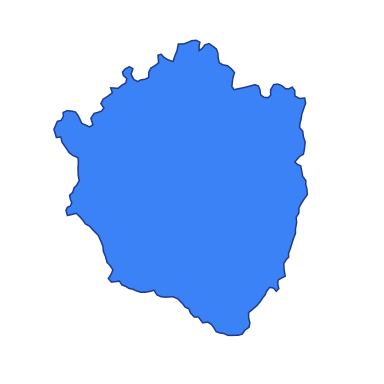 outline of Ritápolis, Minas Gerais, Brazil, rotated 170°
{"feature_id": "56859067B14285827347631", "entity_name": "Ritápolis", "entity_type": "district", "adm_level": 2, "iso_a3": "BRA", "parent_name": "Brazil", "parent_adm1": "Minas Gerais", "projection": "robinson", "projection_center": [-44.372, -20.976], "detail": "fine", "context": "isolated", "style": "filled", "palette": "blue", "viewbox_px": 384, "rotation_deg": 170, "n_neighbors": 0, "source": "geoboundaries", "source_scale": "gbopen_adm2", "svg_char_len": 2882}
<svg xmlns="http://www.w3.org/2000/svg" viewBox="0 0 384 384"><g transform="rotate(170 192 192)"><path d="M153.7,334.6L157.1,331.6L160.4,330.0L159.7,334.2L158.2,338.2L161.6,340.7L166.0,341.1L169.9,340.1L174.2,339.3L179.8,340.1L182.1,334.0L185.5,328.6L188.0,323.7L192.9,326.5L196.3,329.6L198.4,333.0L201.8,332.6L202.1,328.9L202.4,325.1L206.0,323.1L211.0,321.2L213.7,317.6L214.8,312.3L218.5,311.2L222.8,311.3L226.4,310.3L229.8,312.9L231.5,318.6L228.8,323.7L231.9,326.3L236.2,324.9L239.6,322.3L239.4,318.6L236.5,315.1L238.2,310.9L242.3,309.5L246.9,306.9L250.6,307.9L254.0,308.7L253.2,303.6L257.7,301.2L263.4,298.8L266.4,294.9L264.2,290.0L267.0,287.5L270.4,286.8L274.8,286.4L278.8,282.1L277.9,275.5L281.7,273.9L284.6,276.1L288.6,278.7L290.0,284.0L291.0,287.4L293.0,291.1L296.4,292.5L300.7,293.8L305.1,292.7L305.6,288.6L308.5,285.2L312.3,285.0L314.8,281.2L317.1,277.7L316.6,273.5L316.1,269.2L311.7,269.0L311.3,263.4L308.5,257.5L306.1,252.0L302.9,248.6L298.3,245.6L298.8,240.7L300.1,235.5L300.7,231.6L301.2,227.8L301.1,222.8L304.5,218.6L307.4,216.6L309.6,212.3L313.1,210.1L313.1,206.1L312.3,202.2L314.2,199.3L317.3,198.7L319.3,195.9L318.8,190.5L314.1,190.7L309.6,191.1L306.5,186.7L303.9,182.3L302.5,179.0L298.9,176.3L296.1,171.7L293.9,168.6L291.8,165.5L290.3,159.7L289.1,153.6L289.6,149.2L288.3,142.9L287.9,137.5L285.6,134.0L283.4,129.1L285.9,125.1L289.4,121.4L287.1,117.3L283.2,117.0L278.9,116.8L277.2,112.6L273.7,110.6L270.7,107.9L267.5,106.7L263.9,104.3L260.0,102.2L255.7,101.4L250.4,101.4L246.5,101.9L244.3,96.7L240.6,94.2L236.6,93.1L233.4,92.7L229.1,92.2L224.7,89.4L220.9,84.0L218.6,79.7L215.4,77.5L214.4,72.9L211.4,68.4L207.4,67.8L204.2,61.3L199.0,61.1L196.0,58.3L194.2,55.0L192.4,50.2L189.2,48.4L185.0,47.0L181.4,44.5L176.6,43.7L171.1,42.9L167.3,43.3L163.5,47.0L159.3,48.9L157.7,53.2L158.1,58.0L157.2,63.4L152.3,66.2L147.9,68.8L143.9,72.1L141.0,75.3L137.9,77.9L135.5,81.7L132.1,84.6L128.2,83.1L126.3,79.6L123.3,81.8L123.5,86.5L122.5,90.3L119.1,91.6L114.8,92.9L114.8,99.5L114.0,105.7L110.7,109.3L108.1,111.1L107.6,114.8L105.3,118.6L102.8,123.5L100.1,128.7L97.3,133.2L96.5,137.8L94.3,143.5L93.8,149.0L90.5,152.6L89.3,158.1L86.2,161.9L82.8,165.6L78.9,169.4L78.3,174.9L78.7,179.6L77.9,183.4L80.3,188.2L80.3,193.5L80.4,198.8L83.5,201.0L85.5,203.7L82.3,206.4L79.6,208.5L75.7,209.9L73.9,214.6L71.9,221.4L72.7,227.5L72.4,232.6L74.9,237.0L73.6,241.1L71.9,244.9L70.2,249.9L67.2,255.3L64.7,259.7L64.7,265.0L69.8,265.4L73.9,268.6L73.2,274.0L75.1,277.9L78.9,276.7L82.0,277.5L84.7,280.8L88.8,283.4L92.9,283.6L96.9,278.9L97.7,273.7L100.5,271.7L104.5,272.6L107.5,275.7L107.3,280.8L108.3,285.0L111.5,286.8L115.1,286.4L120.3,286.0L125.4,285.7L129.2,285.7L132.8,285.4L134.4,288.9L133.4,292.7L132.0,297.1L129.4,302.2L132.0,306.7L135.2,310.3L139.6,311.9L142.6,314.5L143.0,319.2L142.4,324.1L143.1,328.5L145.6,331.3L149.4,335.2L153.7,334.6Z" fill="#3b82f6" stroke="#1e3a8a" stroke-width="1.5"/></g></svg>